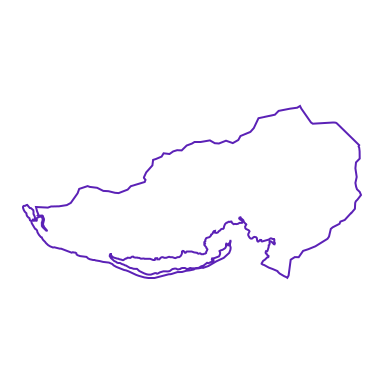 Utwe, Kosrae, Federated States of Micronesia (orthographic projection)
{"feature_id": "79324940B42296922872793", "entity_name": "Utwe", "entity_type": "district", "adm_level": 2, "iso_a3": "FSM", "parent_name": "Federated States of Micronesia", "parent_adm1": "Kosrae", "projection": "orthographic", "projection_center": [162.945, 5.291], "detail": "fine", "context": "isolated", "style": "outline", "palette": "violet", "viewbox_px": 384, "rotation_deg": 0, "n_neighbors": 0, "source": "geoboundaries", "source_scale": "gbopen_adm2", "svg_char_len": 6024}
<svg xmlns="http://www.w3.org/2000/svg" viewBox="0 0 384 384"><path d="M300.0,106.0L297.2,107.7L289.9,108.7L278.6,110.9L274.9,114.7L258.5,118.2L253.8,128.1L250.4,131.9L240.5,136.0L238.3,140.0L232.8,143.1L226.0,140.7L218.9,143.5L214.8,143.2L209.9,140.4L200.6,142.0L194.5,142.0L191.9,143.6L186.7,145.5L181.7,150.4L177.1,150.2L173.2,151.4L169.5,154.0L163.6,153.3L161.6,156.6L155.9,159.0L153.1,159.9L152.4,165.4L146.2,172.4L143.9,177.4L144.0,178.0L145.5,179.9L144.7,182.0L130.8,186.2L127.7,189.6L118.6,193.1L115.0,192.8L108.5,191.2L103.3,190.9L97.1,187.8L89.8,186.9L87.6,186.1L79.2,188.9L77.6,193.3L70.8,202.9L66.8,205.1L59.1,206.3L51.0,206.5L47.9,207.6L36.0,207.0L37.0,211.1L38.4,214.6L37.8,215.4L39.0,215.8L42.1,215.5L43.0,216.2L43.1,217.0L43.9,218.7L44.0,219.9L42.8,224.8L43.3,225.2L44.2,227.2L46.9,230.4L46.8,230.7L46.3,230.7L42.5,227.0L42.4,226.5L41.9,226.0L41.8,222.7L42.4,221.1L42.7,218.9L41.7,216.8L40.3,216.7L38.4,217.1L37.8,217.6L37.2,217.8L36.3,218.9L36.9,219.9L36.6,220.7L36.0,220.8L35.3,220.2L34.1,220.8L33.1,220.7L32.7,220.3L32.9,219.6L34.7,219.4L35.1,218.7L34.7,216.5L33.5,214.0L33.5,211.3L33.2,210.1L30.9,208.1L29.8,208.0L27.2,204.9L26.6,205.0L25.2,205.8L23.8,205.9L23.1,206.5L23.0,207.7L23.7,209.8L24.7,211.6L26.4,213.3L26.6,214.9L27.2,216.2L28.4,217.5L29.4,218.1L30.0,220.3L31.1,220.7L31.8,223.3L34.4,227.7L35.3,229.0L35.8,229.1L37.0,230.4L37.5,232.4L39.0,234.9L40.9,237.1L41.8,237.4L42.1,238.3L43.1,239.9L45.1,241.9L45.9,243.0L48.1,245.1L50.2,246.4L53.0,247.5L54.3,247.3L59.9,248.7L61.2,248.7L71.7,252.7L72.9,252.2L73.8,252.5L75.3,252.6L76.3,253.2L76.6,254.5L77.8,255.3L80.1,256.1L86.5,256.9L88.1,258.4L89.7,259.2L93.1,260.0L94.6,260.0L95.6,260.4L99.9,261.1L103.0,261.9L109.0,262.6L112.4,264.1L113.5,265.3L116.3,266.9L124.1,270.0L126.1,270.4L128.5,271.3L136.2,274.9L138.7,275.8L144.3,277.4L148.3,278.0L154.5,278.0L168.7,274.3L170.6,274.2L171.8,273.9L177.4,272.1L182.0,272.0L186.1,270.8L189.5,270.4L193.8,269.5L195.1,268.7L198.8,268.3L201.9,267.7L203.1,267.9L208.4,266.0L216.4,261.3L223.7,257.9L229.2,252.9L230.4,249.8L230.6,248.3L230.6,247.3L230.0,245.7L230.0,243.9L230.6,241.4L230.5,240.8L230.3,240.8L229.9,242.6L228.8,243.6L229.3,244.6L229.3,245.1L228.1,245.4L226.5,243.6L226.3,243.6L226.0,244.3L226.0,246.4L225.5,247.7L224.7,248.5L222.6,249.8L220.4,250.5L219.5,251.1L220.1,252.6L220.1,253.9L219.4,255.8L218.9,256.4L214.2,258.2L212.1,258.4L211.8,259.5L212.1,260.1L213.3,259.9L213.6,260.2L213.3,261.0L208.4,263.2L207.6,263.1L207.1,262.8L203.4,265.7L201.5,266.2L200.3,266.8L199.4,267.6L197.5,268.0L196.0,268.0L195.0,268.3L191.4,268.3L191.0,268.1L190.1,268.0L187.9,269.0L186.4,268.8L184.9,268.0L182.3,268.0L181.1,268.3L180.5,268.9L177.8,269.5L176.0,268.6L174.6,268.6L172.4,269.1L169.7,271.1L167.9,271.4L163.5,271.3L160.0,272.3L157.6,273.6L156.8,273.6L156.0,273.1L154.8,273.2L150.9,274.6L148.6,274.6L146.7,274.3L144.2,273.4L139.3,271.0L137.0,268.9L133.7,268.8L131.2,268.0L130.0,267.9L125.9,265.5L125.1,265.4L123.7,264.6L122.0,264.1L120.0,263.0L118.2,263.0L117.0,262.6L116.0,261.8L114.2,261.0L110.8,257.9L110.7,257.4L109.8,256.4L109.8,255.2L110.2,254.3L110.4,254.0L111.0,254.0L111.1,255.4L112.7,257.0L113.9,257.6L117.2,258.6L118.4,258.7L119.2,259.2L121.2,259.6L122.5,260.1L123.4,260.1L125.6,258.6L126.5,258.5L127.5,257.7L130.3,257.9L132.1,256.7L133.3,256.7L133.7,257.2L135.2,257.6L137.4,257.6L138.0,257.9L139.2,257.9L140.9,258.7L143.9,258.5L144.5,258.8L150.1,258.8L153.2,260.0L154.7,260.0L155.0,259.7L155.1,258.5L155.7,258.2L157.2,258.2L157.3,259.3L159.4,259.3L160.6,257.8L161.9,257.2L162.8,257.2L164.3,257.8L166.2,257.8L168.7,256.9L169.6,256.9L170.2,257.2L172.4,257.2L174.6,258.0L175.5,258.1L177.4,257.2L179.2,257.1L180.1,256.5L181.0,255.6L181.9,253.7L182.0,251.5L182.9,250.9L183.5,251.0L184.4,251.9L184.5,252.4L185.1,252.8L185.7,252.7L186.6,251.6L186.9,251.5L191.6,251.5L194.1,252.4L197.1,252.8L197.5,253.3L198.4,253.7L200.0,253.3L200.8,253.7L201.3,254.2L203.4,254.2L204.3,253.7L205.2,253.6L206.1,253.0L206.2,251.8L207.0,250.5L207.4,249.3L206.5,248.3L206.4,247.5L204.3,244.9L204.3,244.3L205.1,243.7L205.1,243.4L204.3,243.0L204.3,242.1L205.4,241.1L205.2,240.2L205.9,238.7L206.4,238.0L209.5,237.1L211.0,235.5L211.1,234.6L212.0,234.2L212.5,233.6L213.0,232.4L213.8,231.2L215.0,230.9L214.8,232.6L216.6,232.9L217.9,232.4L218.8,231.2L220.0,230.5L221.0,229.3L221.9,228.9L223.1,228.9L223.7,228.3L224.1,226.4L225.0,224.2L226.5,222.7L227.4,222.6L228.4,221.8L229.0,221.7L229.9,222.0L230.8,221.5L231.4,221.5L232.1,222.9L233.6,224.2L234.9,223.9L236.5,224.1L238.0,223.8L239.5,222.9L242.0,222.9L242.3,222.3L242.2,220.8L241.6,220.2L240.5,219.8L239.2,218.6L239.5,217.6L240.5,217.3L240.9,218.1L243.2,220.1L244.3,222.6L244.8,222.9L245.6,224.0L246.1,224.1L246.3,224.5L245.1,226.6L245.3,228.1L245.9,228.9L248.2,230.0L249.2,230.7L249.5,231.4L248.2,234.2L248.3,235.4L249.4,237.4L250.3,238.3L250.9,238.6L251.7,238.6L252.3,238.4L253.5,237.2L254.4,236.9L256.0,237.2L256.8,238.0L257.1,240.2L257.4,241.1L257.8,241.5L258.5,241.5L260.1,239.9L261.2,240.0L261.3,241.0L262.0,241.5L268.7,239.6L270.5,238.4L271.3,238.4L272.7,239.0L274.0,239.0L274.4,240.0L274.1,241.2L274.9,243.2L274.5,244.3L273.9,244.2L271.6,241.8L270.3,241.2L269.6,241.2L269.5,242.3L269.7,243.5L269.3,244.9L268.7,245.3L268.7,246.9L267.5,250.8L267.0,251.4L266.1,251.1L265.6,252.2L265.8,253.4L267.0,254.3L267.3,255.1L268.5,255.9L268.5,256.8L268.0,257.3L267.2,257.4L264.9,259.7L263.2,260.8L261.6,263.4L261.6,263.8L262.6,264.5L264.3,265.1L268.8,267.6L272.6,269.0L277.5,271.1L277.7,271.6L279.6,273.5L284.2,276.2L286.5,277.2L287.3,277.8L288.6,275.5L290.7,259.7L294.8,257.1L298.7,257.2L303.1,250.9L308.3,249.2L315.4,246.3L327.5,238.8L329.0,236.6L330.8,228.9L332.7,227.3L339.5,223.8L340.4,221.6L344.7,220.0L351.1,213.0L351.3,213.1L354.9,208.8L355.2,202.9L355.8,201.3L357.4,199.7L361.0,195.0L359.7,191.9L357.0,189.3L356.1,186.7L355.4,182.9L356.7,177.0L355.4,168.3L356.0,162.4L359.7,158.6L359.6,151.3L359.2,147.7L358.6,146.5L359.2,145.2L336.9,123.4L336.0,122.8L335.0,122.6L333.3,122.5L312.8,123.7L311.0,122.5L301.3,108.6L300.0,106.0Z" fill="none" stroke="#5b21b6" stroke-width="2"/></svg>